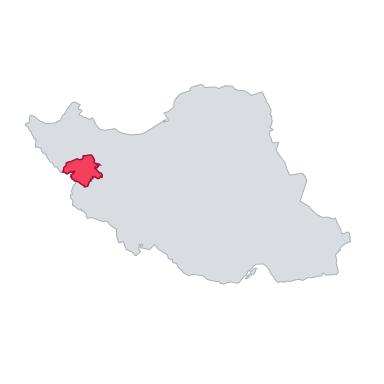 location of Kordestan within Iran, rotated 341°
{"feature_id": "IRN-3241", "entity_name": "Kordestan", "entity_type": "Province", "adm_level": 1, "iso_a3": "IRN", "parent_name": "Iran", "parent_adm1": "", "projection": "natural_earth1", "projection_center": [46.82, 35.623], "detail": "fine", "context": "in_parent", "style": "filled", "palette": "rose", "viewbox_px": 384, "rotation_deg": 341, "n_neighbors": 0, "source": "natural_earth", "source_scale": "10m", "svg_char_len": 5841}
<svg xmlns="http://www.w3.org/2000/svg" viewBox="0 0 384 384"><g transform="rotate(341 192 192)"><path d="M191.3,108.1L195.1,108.3L202.0,106.0L202.6,105.4L204.6,100.7L207.0,98.6L211.1,96.1L213.7,95.3L223.2,95.6L223.9,93.7L225.4,92.7L235.7,93.3L237.3,94.7L238.0,97.4L246.7,99.8L248.4,100.6L250.6,102.6L252.3,103.1L254.5,102.2L255.9,102.9L258.2,102.3L264.9,105.3L265.9,108.3L267.2,109.7L268.7,110.9L274.1,113.2L275.7,114.6L279.8,120.1L290.4,120.0L291.2,121.2L291.2,123.6L292.1,129.3L291.4,131.4L292.9,133.2L292.8,136.8L293.5,139.3L292.4,142.7L291.2,143.4L292.0,146.4L291.0,149.4L291.2,150.5L289.6,153.0L289.6,153.9L286.6,156.2L289.0,159.6L285.6,159.8L283.5,163.5L284.3,167.8L283.8,170.0L284.2,171.2L285.1,172.1L289.8,173.0L289.9,173.5L285.2,179.8L285.5,182.2L289.5,195.0L289.2,201.3L289.9,207.9L301.7,209.8L303.1,211.4L304.1,215.1L304.1,217.8L303.8,219.2L291.2,235.8L298.2,244.1L298.5,246.0L302.8,254.0L306.7,258.2L313.4,260.5L316.5,263.6L319.2,263.4L319.1,267.5L320.4,276.2L319.7,280.1L322.1,280.9L325.6,280.3L326.9,281.1L327.6,282.5L326.8,283.3L327.0,286.7L326.1,287.4L325.8,290.6L320.6,290.7L315.7,292.2L313.9,293.4L313.0,295.6L311.4,295.4L310.9,296.3L307.4,297.9L306.4,304.4L305.1,306.0L304.4,315.4L303.6,315.5L301.9,317.1L291.2,314.0L290.0,311.8L288.9,311.4L287.4,313.5L282.1,312.3L280.2,312.6L279.1,312.0L276.2,311.9L273.9,310.6L268.1,311.7L264.5,309.3L260.7,308.7L256.1,308.7L252.2,307.0L250.3,307.7L249.3,306.4L243.6,305.3L241.7,301.1L241.6,299.0L240.2,295.4L239.6,290.1L238.2,286.3L235.8,283.1L229.2,281.2L225.9,282.2L223.4,284.0L219.3,285.0L216.2,288.6L214.4,288.3L206.9,293.1L205.2,293.0L199.5,289.8L197.0,289.2L191.9,289.3L189.0,287.2L188.3,285.6L181.5,282.2L177.4,279.1L176.1,276.2L174.2,274.1L170.2,272.4L167.9,270.6L161.7,269.9L157.2,265.3L157.2,263.8L154.6,258.8L154.1,255.2L153.5,254.2L151.3,252.7L151.0,251.7L151.4,249.4L148.6,248.0L148.1,246.9L148.2,243.3L141.3,234.7L139.9,230.0L138.7,229.8L132.7,232.9L130.9,231.2L125.6,228.2L124.9,227.0L126.2,226.4L127.5,227.0L128.3,226.3L128.0,225.3L126.7,224.7L124.9,224.7L125.4,225.7L123.7,226.6L123.3,227.8L123.8,231.3L123.1,232.3L120.3,232.9L118.5,234.0L117.0,232.8L116.5,230.2L115.5,228.5L114.0,227.9L112.9,226.3L111.1,225.4L111.0,216.5L106.3,216.3L106.3,209.5L108.4,202.7L103.9,196.7L102.0,192.0L100.8,191.1L98.5,191.3L90.8,185.0L88.1,183.4L84.5,182.9L84.0,180.7L84.9,178.2L83.2,175.1L82.7,174.1L81.2,173.8L81.3,171.7L79.3,171.9L75.6,166.4L74.6,165.6L76.6,161.4L75.2,158.0L76.1,155.2L78.0,155.3L78.5,151.5L81.9,147.5L84.8,145.9L85.1,144.7L84.5,142.5L82.7,139.9L82.9,137.7L83.5,136.6L86.6,135.3L86.8,134.8L85.3,134.0L79.9,134.0L77.0,131.4L74.3,130.7L72.6,124.9L72.2,124.2L70.9,124.0L70.1,122.9L69.6,119.1L67.7,117.4L66.2,111.7L66.1,110.3L66.6,109.0L63.6,106.5L63.2,102.8L63.8,101.9L60.4,99.1L58.9,99.0L58.7,98.5L61.1,92.6L62.0,91.3L60.0,90.4L60.0,87.5L59.4,85.0L59.7,82.7L58.3,81.1L58.0,80.1L58.4,77.5L57.1,76.3L56.4,73.6L61.3,72.8L62.3,68.7L64.1,66.9L67.2,68.9L71.5,75.6L74.1,77.6L76.1,79.9L85.5,82.2L87.5,81.4L90.7,81.6L94.7,77.4L96.6,76.9L101.3,72.8L107.2,69.0L110.2,68.4L114.7,73.2L112.2,74.7L111.7,75.9L112.0,77.0L114.0,78.3L114.3,79.6L113.6,80.3L111.0,81.1L110.3,82.4L113.1,84.6L114.5,86.5L116.0,87.0L118.4,90.0L122.2,89.5L123.0,96.7L125.2,102.6L129.2,105.1L139.6,107.0L140.7,108.2L142.5,111.4L145.2,113.7L153.2,118.3L162.1,120.5L168.0,120.4L189.5,115.1L191.5,115.1L188.3,116.5L189.5,117.0L192.3,117.0L192.9,116.5L193.0,115.6L191.3,108.1ZM227.0,286.0L225.7,288.1L223.7,289.8L222.2,289.3L216.3,291.8L214.7,291.6L214.4,290.8L221.0,287.9L221.3,287.1L220.9,285.6L223.0,286.2L225.3,284.9L227.3,284.6L228.3,285.5L227.0,286.0Z" fill="#d9dde1" stroke="#a8b0b8" stroke-width="1"/><path d="M79.6,134.2L79.3,134.1L79.2,133.9L78.8,133.0L78.2,132.1L77.8,131.7L77.4,131.7L77.2,131.6L76.7,131.1L76.2,130.9L76.6,130.6L77.2,130.1L77.4,129.5L78.2,128.6L78.4,127.8L78.7,127.5L78.8,127.2L79.3,126.8L81.5,126.0L82.2,125.0L82.2,124.2L82.5,123.8L83.7,123.4L87.1,123.8L94.2,123.2L94.4,123.3L94.5,123.5L94.7,123.8L95.0,124.0L95.2,124.3L95.7,124.6L97.2,125.0L98.7,125.2L99.7,124.7L100.3,124.0L100.6,123.6L100.6,123.3L100.5,123.0L100.6,122.7L101.0,122.4L101.3,122.3L101.7,122.7L108.7,124.1L109.1,124.7L109.2,124.8L109.3,125.2L109.4,125.6L109.6,125.9L109.7,126.1L109.5,126.4L109.6,126.8L109.5,127.0L109.6,127.3L109.8,127.3L110.1,128.3L110.1,130.0L109.8,131.2L109.2,131.8L109.0,132.4L109.2,132.9L113.0,135.2L113.3,135.4L113.5,135.9L113.7,136.3L111.6,135.1L111.1,135.3L111.4,136.0L111.8,136.5L111.9,136.9L111.9,137.3L111.0,137.6L110.6,138.0L110.1,138.2L109.7,138.1L109.0,136.7L108.7,136.8L108.0,137.6L107.8,138.0L108.8,139.5L110.3,142.8L110.9,143.6L111.5,144.0L112.3,144.8L112.7,146.4L112.4,147.6L111.9,148.4L111.5,148.8L111.2,148.7L110.7,147.6L110.3,148.1L109.8,148.4L109.0,148.6L108.5,148.9L108.1,148.9L107.5,148.8L105.4,146.4L103.8,145.6L103.3,145.2L102.9,145.1L102.7,145.5L103.0,146.0L102.9,146.5L102.5,147.0L100.5,147.1L100.3,147.4L100.3,148.5L100.0,148.7L99.4,148.7L98.6,148.8L97.7,149.6L97.2,149.8L97.0,150.2L97.0,150.7L96.7,151.0L96.2,151.1L96.0,151.5L95.9,152.1L95.4,152.3L94.4,152.5L93.2,152.3L92.4,152.4L91.9,151.9L91.9,151.2L92.0,150.7L91.9,150.4L91.6,150.4L91.0,150.0L87.7,145.4L85.1,143.3L84.7,143.2L84.8,143.1L84.7,142.6L84.3,142.2L83.6,141.5L82.7,140.1L82.5,139.6L82.5,139.4L82.6,139.2L82.8,139.0L82.8,138.9L82.7,138.8L82.6,138.5L82.5,138.2L83.0,138.3L83.0,138.0L82.9,137.4L82.9,137.1L83.0,136.8L83.1,136.5L83.2,136.3L83.5,136.2L84.5,136.3L84.8,136.2L85.5,135.8L86.0,135.9L86.3,135.8L86.5,135.6L86.7,135.3L87.1,135.1L87.3,134.9L87.5,134.6L87.5,134.3L87.4,134.1L87.2,133.9L86.9,133.9L86.6,134.0L86.4,134.2L86.1,134.3L85.6,134.4L85.3,134.4L85.0,134.3L84.9,134.2L84.7,134.0L84.7,133.7L84.1,133.4L83.9,133.4L83.6,133.5L83.4,133.7L83.1,133.7L82.2,133.7L81.8,133.9L81.6,133.8L81.3,133.8L81.0,134.1L80.7,134.2L80.2,134.1L79.6,134.2Z" fill="#f43f5e" stroke="#9f1239" stroke-width="1.5"/></g></svg>